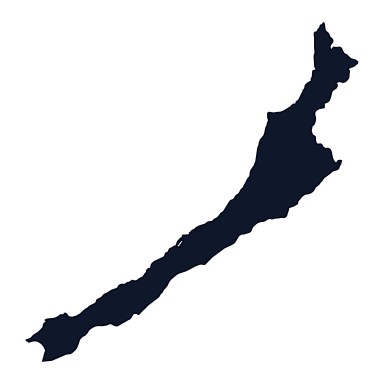 map outline of West Coast (Natural Earth projection)
{"feature_id": "NZL-3406", "entity_name": "West Coast", "entity_type": "Regional Council", "adm_level": 1, "iso_a3": "NZL", "parent_name": "New Zealand", "parent_adm1": "", "projection": "natural_earth1", "projection_center": [171.032, -42.634], "detail": "fine", "context": "isolated", "style": "filled", "palette": "ink", "viewbox_px": 384, "rotation_deg": 0, "n_neighbors": 0, "source": "natural_earth", "source_scale": "10m", "svg_char_len": 5930}
<svg xmlns="http://www.w3.org/2000/svg" viewBox="0 0 384 384"><path d="M28.8,342.0L28.2,341.2L26.4,340.6L26.4,340.0L29.8,338.9L31.1,338.1L33.7,335.3L38.1,332.6L40.9,330.0L43.2,327.3L43.6,324.6L44.2,323.6L45.7,322.2L46.5,321.7L47.3,321.4L46.9,321.2L45.4,320.1L46.8,319.4L48.2,319.1L52.6,318.8L55.3,318.2L57.7,317.1L59.1,316.1L59.8,315.5L60.8,314.9L62.7,315.1L63.3,314.9L65.0,313.3L66.3,313.9L67.4,315.6L68.9,317.0L72.3,317.5L76.4,316.3L80.3,314.1L84.6,310.1L87.9,308.0L89.2,306.7L90.5,305.9L95.1,303.6L96.2,302.6L96.5,301.9L96.6,301.0L96.9,300.2L97.4,299.7L99.3,298.6L100.0,298.4L101.4,297.7L104.1,294.7L105.4,294.0L106.8,293.5L112.0,290.2L115.6,289.1L117.5,288.2L118.4,286.8L118.7,286.1L119.5,285.4L120.4,284.8L121.1,284.6L123.0,284.4L124.3,284.7L124.9,284.5L125.7,284.0L126.8,283.0L129.7,282.3L132.1,280.5L135.0,281.1L136.6,280.9L140.3,278.2L141.8,277.8L142.9,277.1L145.3,273.7L146.4,272.5L146.8,271.6L146.8,270.4L148.3,268.8L150.2,268.5L150.9,267.7L151.1,266.4L151.5,264.5L153.0,262.8L154.5,261.6L164.1,257.1L165.0,255.7L165.6,253.3L167.2,252.8L168.3,251.9L169.5,249.2L170.2,248.6L171.9,247.9L173.8,246.7L174.7,246.2L175.9,246.0L176.7,246.2L178.3,247.1L179.1,247.3L183.8,240.5L181.5,240.0L179.7,241.9L178.1,244.3L176.3,245.4L177.7,241.5L180.2,238.8L182.0,237.5L182.7,236.1L182.7,235.4L188.0,235.1L189.6,234.4L190.2,233.8L189.6,233.0L190.9,232.0L191.9,230.7L193.0,229.9L194.6,230.5L194.8,229.0L195.6,228.7L196.0,228.0L198.9,226.3L205.3,224.2L208.1,222.1L212.3,221.6L213.9,219.9L214.7,219.3L217.3,218.0L218.6,216.7L221.2,213.2L222.5,212.5L223.7,211.5L229.9,201.5L230.8,200.6L233.0,199.8L234.2,198.9L234.8,197.8L235.9,196.0L236.6,195.3L238.5,194.2L239.7,192.5L241.5,189.3L242.8,188.6L248.0,178.7L249.4,177.1L250.2,175.7L250.4,172.8L250.9,170.7L254.4,165.6L256.0,161.5L257.9,148.1L259.2,144.7L259.5,142.7L260.3,140.4L260.6,139.7L263.1,136.8L264.2,135.2L264.9,133.1L266.1,127.4L267.1,125.6L267.8,122.6L269.3,119.2L268.9,118.1L268.3,118.8L268.0,118.1L267.9,117.6L267.8,113.3L269.0,112.5L273.3,113.2L278.4,112.5L280.3,112.5L283.9,111.1L290.7,106.9L292.6,104.9L293.2,104.4L294.3,104.2L295.2,104.3L295.9,104.1L296.4,102.0L298.5,100.3L299.5,98.8L302.2,93.1L302.6,92.6L302.9,92.6L303.1,92.2L303.3,90.3L303.4,90.1L304.0,89.7L304.6,88.9L304.9,88.0L305.2,87.0L305.2,85.9L306.1,84.6L308.0,83.0L310.2,81.7L311.7,81.2L311.4,80.4L311.3,79.5L311.5,78.6L312.5,76.8L312.6,75.8L312.7,73.8L312.9,71.6L313.3,70.7L314.0,70.9L315.8,70.0L316.7,70.0L315.3,67.4L314.9,66.3L314.3,56.2L314.5,55.1L315.1,53.0L315.2,52.2L314.8,47.4L314.8,37.5L314.4,34.6L314.5,33.0L315.1,32.3L316.0,32.3L316.7,32.0L317.2,31.5L318.1,29.7L319.9,27.5L320.1,26.9L320.2,26.0L320.4,25.6L320.9,25.1L321.9,25.0L322.4,24.8L323.1,23.3L323.7,23.0L324.1,23.9L325.0,30.0L325.8,31.4L328.1,33.3L328.8,34.4L329.3,36.0L330.0,37.1L330.8,38.0L331.8,38.8L332.6,40.0L332.7,41.1L332.4,42.2L331.6,43.3L331.0,43.8L330.3,44.9L329.9,46.4L330.2,49.1L330.8,49.8L331.7,49.7L333.1,47.8L333.7,47.3L334.4,47.3L335.1,47.7L335.9,47.8L338.0,47.4L339.6,47.4L340.5,47.7L341.4,48.5L341.8,49.5L342.2,50.5L342.6,51.3L343.1,52.1L343.7,53.2L344.3,53.8L344.9,54.2L345.8,54.5L346.7,55.0L349.8,58.1L350.8,58.8L351.8,59.2L355.4,60.2L356.7,61.1L357.4,61.9L357.6,62.5L357.3,63.2L353.9,66.1L348.8,68.0L348.1,68.7L348.1,69.4L349.1,70.6L349.3,71.1L349.2,72.0L349.0,73.1L348.8,74.6L348.8,76.1L348.5,77.9L347.6,79.2L346.2,80.8L344.9,81.7L343.6,82.1L342.3,82.1L339.6,81.3L338.7,81.4L337.7,81.8L336.6,82.4L336.2,82.9L336.3,83.6L337.1,84.7L337.1,85.6L336.8,86.7L336.1,87.9L332.7,90.2L332.0,91.1L331.5,92.4L330.6,96.1L329.9,98.4L329.0,100.5L328.1,101.5L326.9,102.1L325.1,102.7L324.3,103.6L324.0,104.8L324.2,106.0L324.1,107.2L323.3,107.7L319.7,108.3L318.4,108.8L317.2,109.5L315.7,110.7L315.1,111.7L314.7,112.6L314.5,114.1L314.7,115.5L315.0,116.3L315.2,117.1L315.4,118.7L315.1,120.9L314.3,123.3L313.6,124.6L311.9,126.0L311.0,130.5L311.2,131.5L311.6,132.8L312.2,134.6L312.9,135.3L314.5,136.2L315.1,136.9L315.3,138.1L315.2,139.4L315.4,141.1L315.9,142.5L316.6,143.7L317.4,144.3L318.3,144.4L320.5,144.1L321.5,144.5L322.0,145.3L322.5,146.5L322.9,147.1L323.3,147.5L325.0,148.5L325.7,148.7L327.6,148.5L328.5,148.7L329.8,149.4L330.6,150.6L331.2,152.1L331.8,155.9L332.3,158.1L333.8,161.2L334.8,162.5L335.8,163.1L336.6,163.0L337.1,162.5L338.1,160.9L338.6,160.7L340.0,160.5L341.3,160.7L340.9,162.5L340.6,163.4L340.2,164.4L339.2,166.2L338.9,167.2L338.5,168.3L337.6,169.2L335.8,170.0L334.4,170.2L332.3,171.1L328.6,174.2L324.1,177.4L323.1,178.5L322.3,179.9L321.7,180.8L320.1,182.2L319.4,183.5L318.6,184.5L315.3,186.9L313.4,190.6L311.3,192.3L309.4,193.2L308.1,193.6L306.0,193.8L304.9,194.1L302.8,195.5L301.3,196.7L299.6,199.0L297.9,200.9L297.6,202.0L297.3,203.7L292.9,206.2L289.1,207.3L288.7,207.7L288.4,208.6L287.9,211.0L287.0,213.5L286.7,214.7L286.4,215.8L285.6,216.6L284.5,217.3L280.9,217.2L278.2,217.7L275.2,217.9L272.0,218.8L271.6,218.7L271.1,218.4L270.4,218.2L269.5,218.3L266.8,219.2L265.3,220.3L264.2,220.9L262.9,221.2L260.5,221.4L257.5,222.5L255.9,223.6L252.8,226.4L251.8,228.1L251.0,230.5L250.2,231.5L248.8,232.3L243.2,233.9L241.6,233.8L238.8,235.4L234.3,242.6L231.6,244.3L224.4,247.7L211.8,257.0L204.8,264.2L202.9,264.2L201.7,263.8L199.3,264.1L195.8,265.4L186.2,270.5L179.0,272.9L176.7,274.1L171.1,278.7L169.3,280.8L168.2,282.7L167.2,285.0L165.3,287.5L163.4,289.5L162.1,292.0L160.4,293.6L158.5,296.8L147.4,305.3L145.0,307.9L142.5,310.2L138.7,314.3L136.5,313.2L135.2,313.2L133.4,313.5L132.2,315.0L131.2,316.9L129.8,318.7L127.7,319.7L125.0,321.4L122.1,322.8L119.7,324.4L116.9,325.8L114.5,325.2L112.7,324.3L111.5,323.5L109.3,323.5L106.7,324.8L102.2,325.5L98.7,325.3L95.6,325.7L92.4,327.1L89.0,329.6L88.2,330.5L87.5,332.2L84.9,335.0L82.4,336.3L80.8,337.8L79.5,339.3L78.8,341.2L78.3,343.0L76.6,347.4L75.0,349.7L72.3,352.2L70.3,353.4L65.7,354.0L51.7,360.1L42.8,361.0L44.8,353.7L45.3,352.2L45.9,350.1L45.0,348.5L44.2,346.7L42.7,344.7L41.3,343.2L38.9,341.7L36.3,340.6L32.7,340.8L28.8,342.0Z" fill="#0f172a" stroke="#020617" stroke-width="1.5"/></svg>